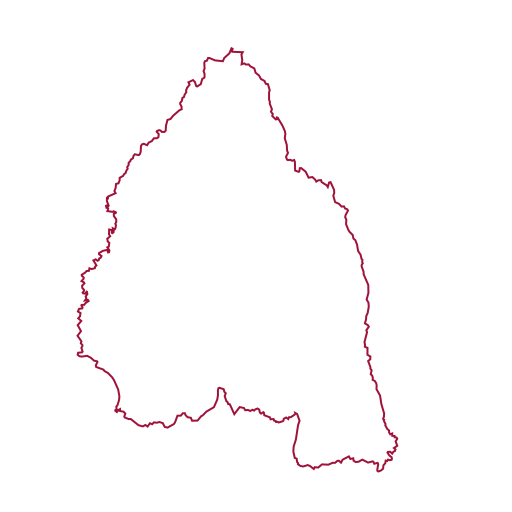 outline of Ankazobe, Analamanga, Madagascar, rotated 189°
{"feature_id": "10022922B97289291498871", "entity_name": "Ankazobe", "entity_type": "district", "adm_level": 2, "iso_a3": "MDG", "parent_name": "Madagascar", "parent_adm1": "Analamanga", "projection": "robinson", "projection_center": [47.026, -18.235], "detail": "fine", "context": "isolated", "style": "outline", "palette": "rose", "viewbox_px": 512, "rotation_deg": 189, "n_neighbors": 0, "source": "geoboundaries", "source_scale": "gbopen_adm2", "svg_char_len": 6011}
<svg xmlns="http://www.w3.org/2000/svg" viewBox="0 0 512 512"><g transform="rotate(189 256 256)"><path d="M391.6,337.5L392.6,335.9L392.9,333.2L394.7,331.6L395.0,330.0L396.4,328.1L396.0,326.2L397.1,323.6L396.4,322.1L397.4,320.1L397.7,317.7L399.1,316.2L399.8,314.3L402.9,311.9L402.5,309.5L403.2,306.3L405.5,305.3L405.3,301.3L406.0,298.0L404.5,296.1L411.4,291.6L411.3,289.8L412.3,290.0L411.9,287.0L409.4,282.7L409.8,281.9L411.3,282.6L412.0,282.1L411.2,280.2L410.2,280.4L409.4,279.6L409.8,277.1L404.2,277.2L403.6,277.9L401.2,277.2L401.3,276.5L403.0,275.4L402.7,273.3L399.9,270.5L399.3,267.8L400.0,265.8L399.1,264.5L399.2,261.2L399.7,260.2L401.6,260.9L400.3,257.5L401.3,256.1L402.0,256.3L402.5,259.2L405.2,259.2L404.6,254.5L403.1,252.7L405.6,249.7L404.7,247.2L402.9,246.0L402.9,242.2L404.2,241.3L401.7,238.7L401.7,236.8L402.7,236.4L403.7,238.4L404.4,238.6L408.1,237.1L411.5,234.3L411.3,233.2L408.6,231.8L409.2,229.9L410.4,229.1L410.7,227.4L411.8,226.5L413.8,227.6L415.9,226.2L412.1,221.7L413.2,220.4L413.3,218.7L416.4,217.4L418.6,217.8L418.7,215.2L421.0,214.7L422.1,212.9L425.2,210.2L425.0,209.3L422.9,207.9L422.7,206.7L424.4,203.9L421.9,203.1L421.2,202.1L423.1,199.5L422.6,197.3L420.5,195.6L420.5,194.5L421.5,192.7L421.0,192.1L418.5,192.1L417.8,194.3L417.3,194.1L416.6,191.9L417.9,189.4L416.9,187.6L418.0,185.3L415.1,186.3L414.3,185.3L417.0,182.9L418.0,180.9L420.6,180.4L420.7,179.7L419.3,178.2L419.4,177.1L422.5,176.1L423.2,173.3L420.4,172.2L420.4,168.9L421.8,166.6L418.4,164.5L421.3,159.8L417.1,154.4L419.8,149.3L415.1,144.4L415.4,142.4L413.5,140.9L413.4,139.6L414.1,138.0L412.3,134.4L412.8,133.6L416.6,132.6L416.7,130.5L414.7,129.4L412.3,129.4L407.1,131.0L403.1,129.6L399.6,127.3L396.4,127.1L396.0,126.5L397.1,123.0L396.5,121.4L388.9,119.9L387.7,118.7L383.8,117.2L379.0,113.6L376.7,111.0L371.2,102.5L369.0,96.1L368.7,92.5L369.5,86.9L370.4,85.4L369.8,83.2L370.7,81.1L369.0,80.1L368.3,81.3L369.4,82.0L368.0,82.2L366.4,83.5L366.0,81.6L362.5,81.5L360.4,79.9L361.0,77.0L360.4,76.0L356.1,75.0L354.2,75.4L345.6,70.5L341.1,70.0L338.9,71.8L336.4,70.6L334.6,74.2L332.2,73.6L330.8,75.7L327.9,75.8L325.4,76.9L322.0,76.4L319.4,72.9L316.5,72.7L310.8,77.2L309.9,79.2L308.6,86.0L305.2,86.6L303.7,89.2L301.7,89.6L300.6,87.7L298.3,86.1L295.0,86.0L293.4,83.3L288.0,84.3L285.1,89.2L283.7,90.2L280.7,94.5L273.9,100.1L271.8,108.2L271.8,112.6L272.6,117.3L272.4,119.6L271.6,120.1L267.1,119.4L266.0,116.9L264.4,115.7L265.0,112.7L262.5,107.9L261.4,107.5L260.3,105.4L258.7,105.5L252.7,96.4L248.5,104.2L244.2,104.0L242.5,102.0L239.8,102.7L237.5,102.0L235.4,103.6L233.7,103.0L232.7,104.4L230.6,105.6L228.8,104.8L227.7,102.0L226.3,101.1L224.4,102.9L223.7,102.5L222.9,100.0L217.0,98.8L216.1,97.0L213.1,97.7L212.3,96.2L210.5,96.0L210.2,95.2L208.5,95.6L207.6,95.1L203.9,96.9L203.2,97.5L203.1,99.6L201.0,101.2L198.6,100.0L198.2,101.9L196.3,102.3L193.2,105.2L192.3,106.5L192.6,107.1L190.7,106.4L187.2,100.1L188.0,95.5L187.9,80.9L189.0,73.6L188.5,68.6L186.1,62.6L184.1,62.2L183.2,59.0L182.0,58.0L182.0,56.9L179.3,55.6L176.4,55.5L172.2,57.6L169.7,57.0L165.6,54.7L164.9,56.6L161.5,56.8L158.2,60.5L151.9,61.2L148.0,63.7L145.5,64.1L143.7,66.3L142.1,66.8L139.7,65.2L138.6,68.4L132.9,72.6L131.1,70.3L128.3,71.4L127.6,69.1L125.3,68.1L122.6,68.8L119.1,71.5L113.0,69.5L108.7,71.4L107.9,71.2L106.7,69.3L103.5,70.7L102.7,69.4L102.8,63.9L102.5,62.8L101.5,62.3L98.9,63.8L97.2,65.8L97.4,69.2L95.9,71.5L95.9,74.2L94.4,74.0L93.7,75.6L91.9,75.2L90.2,75.9L90.1,77.4L90.7,78.6L93.1,79.8L95.4,82.4L95.1,83.2L92.7,83.6L90.6,82.1L89.6,84.3L88.3,85.0L88.0,86.8L89.7,87.9L86.8,90.6L89.1,94.8L87.9,97.5L88.8,98.7L90.7,98.6L91.0,99.9L93.3,99.7L93.7,102.0L95.5,100.9L97.0,102.6L97.2,104.4L99.2,105.6L101.8,108.9L101.8,110.3L103.9,113.2L103.8,114.3L105.0,115.0L104.5,117.4L104.8,120.5L109.1,129.6L111.6,137.5L116.2,143.4L116.6,147.2L117.4,149.2L119.2,151.2L121.4,151.9L121.6,154.2L122.6,156.1L124.2,157.2L123.9,161.2L125.4,162.6L125.6,164.1L128.8,169.8L127.0,171.9L127.3,174.6L130.5,175.9L131.5,182.7L134.3,183.4L134.5,185.7L135.4,187.8L134.4,198.1L135.4,199.9L133.5,203.8L134.7,205.2L137.9,206.5L137.4,210.5L137.7,213.9L136.8,217.1L136.7,223.7L137.7,227.7L139.9,230.2L139.2,237.2L140.6,245.0L146.8,254.7L147.3,257.3L150.1,262.4L150.2,263.9L149.4,265.5L150.2,266.7L150.3,268.9L151.3,269.6L152.9,273.6L156.0,277.0L158.0,283.1L160.4,287.2L162.5,288.5L163.8,291.9L167.4,294.5L169.0,296.4L172.0,301.5L172.5,306.1L174.0,308.3L173.9,310.5L172.2,315.4L173.6,316.6L175.4,316.8L176.9,318.8L179.2,318.2L182.2,320.5L186.3,321.6L189.1,327.7L188.6,330.5L189.2,333.5L193.9,340.6L195.3,340.0L195.9,335.4L197.1,336.8L202.8,339.3L203.6,341.1L206.3,340.5L208.1,338.9L209.6,340.8L212.7,342.8L216.3,341.6L220.1,347.0L225.1,349.9L226.5,349.6L226.4,346.6L226.9,345.8L230.7,346.5L232.3,355.0L233.3,356.8L235.2,355.7L237.0,356.4L239.5,355.7L240.5,356.1L241.9,358.8L240.5,362.8L241.8,365.0L243.0,370.6L246.0,376.8L246.1,381.3L247.1,384.0L250.2,388.8L256.2,396.0L257.0,396.1L256.9,394.3L257.9,394.0L261.9,396.9L261.6,398.8L263.8,400.9L263.2,403.4L266.3,408.7L266.4,410.4L267.6,412.6L268.7,419.8L268.4,421.9L271.1,427.6L273.2,427.6L275.1,430.3L278.8,431.6L281.3,434.8L285.1,437.0L287.0,441.0L291.1,442.4L293.3,444.1L295.9,443.5L297.7,444.4L300.2,443.1L300.2,447.4L301.9,452.7L301.0,455.2L311.5,454.0L311.9,454.3L311.5,456.9L312.7,457.3L314.0,452.0L318.4,446.5L319.2,443.2L327.1,442.8L333.0,444.3L334.3,444.1L335.0,441.3L336.9,440.4L337.3,438.7L336.1,433.1L336.7,430.4L335.4,428.1L334.8,424.9L335.0,424.0L336.8,422.5L337.4,417.1L340.7,414.2L341.7,414.6L343.6,418.4L345.7,419.9L349.9,417.0L348.4,414.8L350.4,411.3L351.0,408.4L350.4,407.0L351.7,404.3L352.1,401.6L353.4,400.7L353.5,397.6L354.8,395.5L354.7,394.3L352.9,391.9L352.4,389.3L354.4,388.0L359.7,381.7L361.9,377.9L364.7,376.6L365.3,370.7L364.8,365.6L365.9,364.2L368.3,363.8L369.9,365.0L371.5,365.1L373.4,363.9L373.6,363.3L371.1,361.1L371.0,358.0L372.4,356.8L375.2,356.3L376.9,353.2L379.7,351.2L380.9,348.4L384.4,349.3L386.1,348.4L386.8,346.6L386.2,340.8L386.7,338.3L387.6,337.3L391.6,337.5Z" fill="none" stroke="#9f1239" stroke-width="2"/></g></svg>